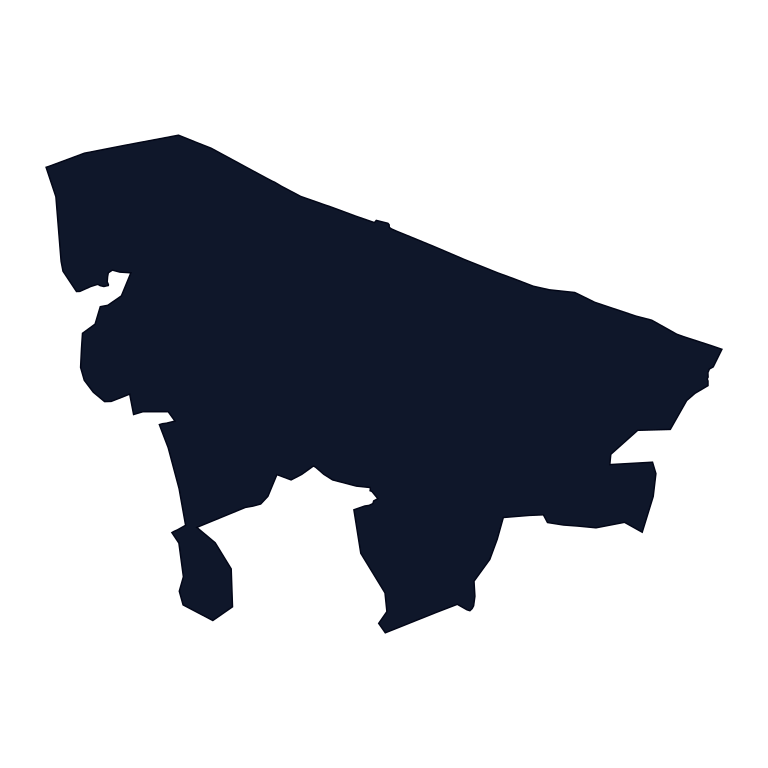 outline of Gada, Sokoto, Nigeria
{"feature_id": "59680162B52281011363885", "entity_name": "Gada", "entity_type": "district", "adm_level": 2, "iso_a3": "NGA", "parent_name": "Nigeria", "parent_adm1": "Sokoto", "projection": "albers", "projection_center": [5.67, 13.685], "detail": "fine", "context": "isolated", "style": "filled", "palette": "ink", "viewbox_px": 768, "rotation_deg": 0, "n_neighbors": 0, "source": "geoboundaries", "source_scale": "gbopen_adm2", "svg_char_len": 2071}
<svg xmlns="http://www.w3.org/2000/svg" viewBox="0 0 768 768"><path d="M721.9,349.3L715.2,347.0L712.6,346.1L684.9,337.1L684.4,336.9L684.2,336.9L676.7,334.2L651.7,320.2L635.9,316.1L594.7,302.3L577.5,293.8L574.7,292.5L568.1,291.8L549.3,289.8L533.2,286.2L514.0,278.8L497.8,272.9L464.1,259.4L435.1,247.0L403.0,233.8L397.3,231.5L391.4,228.9L389.3,227.4L389.1,224.7L387.9,223.3L376.3,220.4L374.4,222.6L355.3,216.0L331.6,207.2L323.1,204.3L300.6,196.4L281.3,186.2L274.6,182.2L272.5,181.3L266.0,177.9L251.9,170.3L211.1,148.2L195.8,142.2L178.5,135.2L124.9,145.3L84.4,153.2L48.6,166.5L46.1,167.3L55.9,196.7L61.1,261.3L63.0,271.2L76.5,291.5L79.8,291.4L90.7,286.5L97.4,284.4L98.6,284.7L100.1,285.6L103.9,286.5L106.4,285.9L108.3,285.5L108.4,284.6L107.2,281.8L107.6,276.6L108.3,272.8L112.4,270.1L119.9,272.1L130.9,272.8L121.4,295.9L107.8,305.3L100.3,306.7L95.1,324.1L82.5,333.3L81.5,348.6L80.6,367.4L84.3,380.3L93.3,392.2L104.6,401.6L111.2,401.4L129.7,394.1L133.6,414.5L142.9,411.7L168.2,411.7L175.0,421.1L167.6,422.9L166.7,423.2L165.6,423.3L162.5,423.7L159.4,424.6L161.2,429.4L168.2,447.7L179.1,488.7L185.6,525.3L177.4,529.9L174.2,531.3L171.9,532.6L178.9,543.1L183.4,576.8L179.3,591.2L183.1,604.9L212.8,620.5L232.5,606.8L231.2,568.9L215.2,542.8L196.8,527.4L245.4,507.4L252.9,506.1L260.7,504.0L267.9,496.3L276.9,474.6L291.1,479.9L301.7,474.4L313.4,466.0L315.5,467.1L323.8,474.3L332.6,479.9L356.4,486.1L370.1,487.5L370.3,488.7L370.3,489.4L370.1,490.7L371.9,491.4L377.9,498.7L373.7,500.9L372.9,503.6L369.1,505.4L364.8,506.0L353.9,509.8L360.8,553.3L385.0,592.9L386.9,611.6L378.7,623.4L385.3,632.8L435.5,612.7L457.3,604.3L467.0,609.8L469.9,610.7L472.1,608.6L473.6,605.8L474.9,596.3L474.0,581.2L489.8,559.4L497.2,539.3L503.3,517.5L529.2,515.4L543.4,514.8L547.5,522.5L563.4,525.0L578.3,526.1L596.0,527.8L624.5,522.3L642.2,532.2L653.2,496.5L655.9,473.6L652.5,462.2L609.8,464.6L610.8,454.3L637.7,430.3L670.3,429.4L686.7,400.5L695.0,393.3L708.0,385.6L708.0,381.0L707.2,378.9L708.1,377.1L707.9,372.6L709.4,369.0L713.2,366.9L721.9,349.3Z" fill="#0f172a" stroke="#020617" stroke-width="1.5"/></svg>